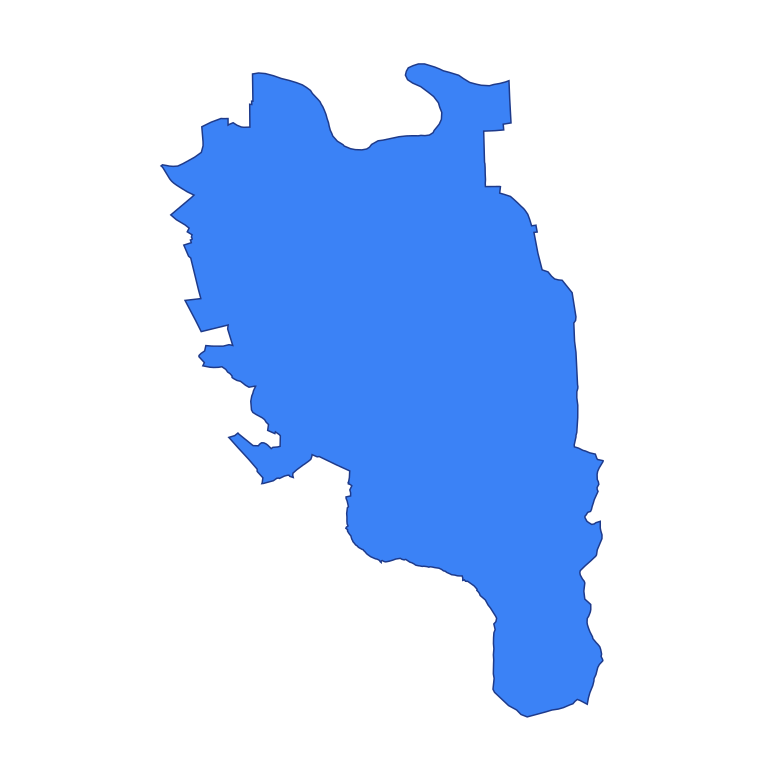 Petru Rares, Bistrita-Nasaud, Romania (Natural Earth projection), rotated 184°
{"feature_id": "2599482B85386243781565", "entity_name": "Petru Rares", "entity_type": "district", "adm_level": 2, "iso_a3": "ROU", "parent_name": "Romania", "parent_adm1": "Bistrita-Nasaud", "projection": "natural_earth1", "projection_center": [24.004, 47.209], "detail": "fine", "context": "isolated", "style": "filled", "palette": "blue", "viewbox_px": 768, "rotation_deg": 184, "n_neighbors": 0, "source": "geoboundaries", "source_scale": "gbopen_adm2", "svg_char_len": 6151}
<svg xmlns="http://www.w3.org/2000/svg" viewBox="0 0 768 768"><g transform="rotate(184 384 384)"><path d="M620.3,587.2L621.6,586.0L620.9,585.6L619.7,584.4L612.0,573.6L610.0,571.5L607.7,569.7L604.8,567.9L599.1,564.8L593.7,562.0L586.7,559.2L588.9,556.8L608.5,537.8L602.6,533.4L593.5,528.8L589.3,525.9L590.9,522.1L585.9,519.5L586.4,517.1L585.6,516.0L585.6,514.9L587.2,514.1L586.5,512.7L586.1,511.5L593.4,508.6L587.9,497.9L585.6,496.2L575.6,464.9L573.1,457.7L572.7,456.4L588.3,453.5L576.4,434.3L570.0,423.5L543.6,432.0L543.8,428.0L537.6,411.9L539.4,412.2L541.4,412.4L547.2,410.5L558.2,409.8L564.4,409.9L565.2,404.5L568.7,401.7L570.5,399.6L570.5,398.3L564.7,392.8L566.0,389.5L558.9,388.6L554.9,388.6L550.3,389.1L546.9,389.9L542.8,387.5L540.8,385.0L538.3,383.6L536.2,381.5L536.0,379.9L534.4,378.9L530.9,377.3L527.4,376.7L525.1,375.2L522.1,373.1L518.5,371.4L512.8,372.8L511.9,372.8L513.7,368.3L514.2,365.5L515.1,362.8L515.7,357.5L514.4,348.9L512.8,346.5L509.5,344.7L503.1,341.8L500.6,340.1L499.0,337.8L496.4,335.5L496.8,329.6L489.4,326.9L489.0,328.7L484.9,326.2L483.8,325.1L483.3,314.6L485.6,313.8L488.7,313.3L490.4,313.1L492.0,311.7L495.7,314.9L497.4,316.0L499.7,316.9L502.1,316.8L504.0,315.2L505.0,313.6L510.3,313.4L525.4,324.0L526.3,324.9L529.3,322.1L535.1,319.9L524.7,309.8L513.9,299.6L504.6,290.2L504.4,287.9L498.3,282.0L498.6,277.0L498.9,276.1L497.3,276.4L487.6,279.8L484.3,282.5L482.5,282.8L481.7,282.5L476.9,285.2L474.0,286.2L472.4,286.4L471.6,285.3L468.0,284.4L468.7,286.6L468.6,288.7L465.1,292.3L459.1,297.5L457.6,298.6L453.9,301.7L451.8,303.7L451.0,306.4L450.8,308.5L445.6,306.7L443.5,307.1L425.5,299.9L412.1,294.9L412.1,292.6L412.0,288.4L412.4,284.5L412.9,283.0L412.2,282.8L412.5,281.9L410.5,281.3L409.0,280.2L410.7,276.0L409.7,273.1L409.5,270.0L414.0,268.7L413.8,267.1L412.7,265.0L410.9,259.1L411.9,258.0L412.2,252.2L411.7,248.9L411.4,244.5L411.0,241.8L410.2,240.5L410.1,239.7L411.5,238.6L412.0,237.4L410.1,236.1L410.2,234.9L409.1,233.2L407.8,231.6L406.4,230.1L405.8,228.2L405.1,226.6L404.3,225.5L404.0,224.6L402.4,223.0L401.1,221.5L399.7,220.8L398.1,219.3L396.7,218.6L394.1,217.4L393.3,217.3L392.4,216.2L391.5,215.6L390.4,214.4L389.0,213.1L385.3,210.8L380.3,209.0L379.1,208.9L377.6,208.4L376.2,207.7L375.4,206.5L374.4,205.8L374.5,206.8L374.1,207.5L373.5,207.8L372.3,207.2L371.0,206.8L369.9,206.7L368.6,207.0L366.4,207.6L362.7,209.0L360.1,210.2L355.6,211.2L353.7,210.3L352.7,210.2L351.9,210.0L351.4,210.0L351.0,210.3L350.0,210.5L345.8,208.1L343.7,207.6L341.5,206.6L339.7,205.5L337.0,205.1L336.1,205.1L333.1,204.7L331.6,205.0L328.2,204.8L326.4,204.4L325.4,204.9L323.3,204.8L320.6,204.4L316.3,204.1L313.5,203.0L311.7,201.8L309.5,201.4L308.7,200.6L304.6,199.1L303.4,198.5L300.0,198.3L297.5,197.8L295.1,197.8L292.7,198.0L291.9,196.0L291.7,193.6L290.1,194.2L288.9,192.9L286.7,193.0L279.9,188.8L276.8,185.7L277.0,184.6L275.5,183.3L274.2,181.7L273.3,179.7L267.9,175.7L264.7,170.7L262.3,168.1L256.5,160.2L255.3,158.2L255.8,154.7L257.7,152.3L256.0,146.8L257.0,143.5L257.0,138.7L256.7,132.5L255.9,127.6L256.0,121.5L255.3,116.4L255.2,112.7L254.7,102.4L253.6,98.0L254.0,87.1L252.2,84.1L237.3,71.9L229.0,68.1L224.3,63.9L217.9,61.9L200.0,68.1L193.7,70.5L187.4,71.9L182.4,73.7L176.0,77.0L173.2,78.2L171.4,80.7L169.2,82.8L166.4,82.0L158.9,78.7L158.2,85.0L157.1,90.4L154.7,97.7L153.9,102.3L153.9,104.8L152.3,108.9L151.0,116.1L149.6,119.2L146.4,123.2L146.7,124.4L148.4,127.3L148.1,129.8L149.3,134.2L150.4,136.9L152.5,139.2L154.3,140.8L157.9,144.6L158.4,146.4L161.2,151.0L162.9,154.6L164.3,158.1L164.8,160.3L164.9,164.3L163.6,166.7L162.3,170.9L162.0,173.4L162.2,176.2L162.4,178.5L168.7,183.5L170.2,191.3L169.8,199.5L170.5,201.2L172.5,203.4L174.9,207.2L175.5,209.5L175.2,211.5L170.7,216.6L165.4,222.0L162.1,225.6L160.9,226.8L160.1,228.3L159.7,233.4L155.8,244.9L156.0,248.7L157.5,252.7L158.2,255.4L158.7,262.1L163.0,260.4L164.5,259.1L167.0,258.4L169.9,259.9L172.0,261.2L174.3,264.9L174.3,266.1L173.0,267.8L172.4,269.2L171.6,270.3L169.1,271.3L168.3,273.3L167.8,276.3L166.8,280.3L166.2,283.2L163.0,291.8L164.0,293.7L164.2,295.6L163.4,297.4L162.7,298.9L163.4,301.5L164.6,303.6L165.1,308.6L164.8,311.7L163.5,315.3L160.1,321.9L160.1,322.8L165.7,323.6L166.5,324.6L168.3,328.8L174.0,329.7L178.4,331.2L180.9,331.7L185.4,333.6L189.7,334.6L190.0,336.6L188.8,344.6L188.9,346.0L188.6,347.6L188.3,349.1L188.4,364.1L189.2,376.3L190.7,383.7L191.1,389.8L190.4,393.0L190.4,394.8L190.9,396.9L194.7,428.9L196.9,440.0L198.9,458.1L197.3,460.8L197.2,464.4L202.7,488.2L213.5,499.9L217.2,500.0L221.1,500.7L224.4,503.2L228.2,507.3L234.2,508.9L239.6,525.2L245.0,545.7L241.8,546.3L243.5,552.9L243.5,553.0L247.8,552.1L250.2,558.4L252.4,563.3L255.4,567.1L256.9,568.7L260.3,571.4L263.2,573.9L267.7,577.5L270.9,579.9L277.2,581.5L281.9,582.5L281.6,589.0L282.4,589.1L296.6,588.0L297.0,591.4L297.0,594.6L297.1,595.7L297.7,600.7L298.2,606.6L298.7,610.7L299.2,612.2L302.2,643.2L290.7,644.5L282.3,645.8L283.2,651.5L275.5,653.3L278.5,677.3L280.5,695.3L283.8,693.8L289.4,691.9L295.5,690.4L299.6,688.9L307.9,688.8L312.7,689.5L319.5,690.8L326.2,694.3L331.0,697.2L340.5,699.4L346.7,700.6L350.5,702.1L355.4,703.7L365.8,706.1L372.0,705.7L377.2,703.6L381.8,701.1L383.5,697.6L384.2,693.6L381.7,689.2L376.4,686.2L368.1,683.2L360.0,678.0L354.5,674.2L349.3,668.3L347.7,663.9L345.3,658.9L345.2,652.0L347.0,647.1L348.7,644.6L351.7,640.4L352.5,638.2L356.1,635.5L360.5,634.6L364.5,634.6L367.0,634.0L373.3,633.6L379.1,633.0L386.3,631.7L402.0,627.2L406.9,626.2L413.1,622.1L415.0,619.2L417.7,617.2L422.5,616.0L429.1,615.8L433.8,616.4L440.3,618.6L441.6,619.9L447.4,622.9L452.4,627.8L453.6,630.4L455.3,633.4L456.7,637.5L457.6,640.8L459.2,644.6L460.7,648.9L462.6,652.9L464.4,656.3L466.2,658.8L467.5,661.1L469.7,663.3L475.7,668.8L477.8,671.7L482.0,674.4L486.3,676.7L492.3,678.5L499.7,680.2L507.7,681.6L515.7,683.8L524.1,685.4L530.9,685.5L536.8,684.1L534.5,657.0L535.8,656.9L535.4,653.6L537.5,653.7L535.7,630.9L541.7,630.3L544.2,630.4L548.7,631.9L552.7,634.1L556.1,632.4L557.6,631.4L558.1,637.9L563.4,637.5L565.1,637.5L574.6,633.2L583.7,627.9L581.4,612.9L581.1,609.0L582.4,602.3L588.8,597.0L599.9,589.8L605.0,587.0L609.5,586.4L613.2,586.4L616.2,586.8L620.3,587.2Z" fill="#3b82f6" stroke="#1e3a8a" stroke-width="1.5"/></g></svg>